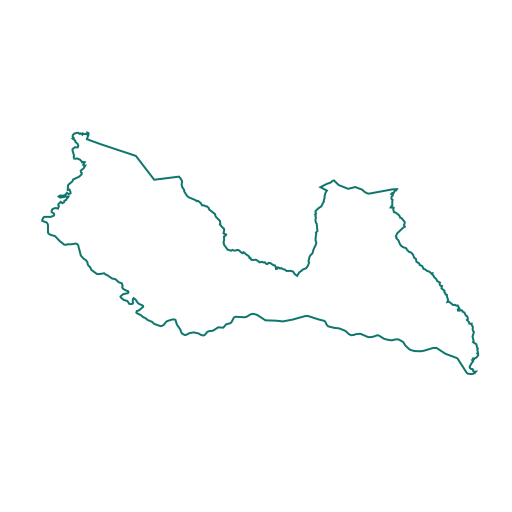 outline of Nova Nazaré, Mato Grosso, Brazil, rotated 82°
{"feature_id": "56859067B23326141665054", "entity_name": "Nova Nazaré", "entity_type": "district", "adm_level": 2, "iso_a3": "BRA", "parent_name": "Brazil", "parent_adm1": "Mato Grosso", "projection": "robinson", "projection_center": [-51.887, -14.146], "detail": "fine", "context": "isolated", "style": "outline", "palette": "teal", "viewbox_px": 512, "rotation_deg": 82, "n_neighbors": 0, "source": "geoboundaries", "source_scale": "gbopen_adm2", "svg_char_len": 6072}
<svg xmlns="http://www.w3.org/2000/svg" viewBox="0 0 512 512"><g transform="rotate(82 256 256)"><path d="M112.1,404.8L110.8,404.9L110.3,405.9L112.2,406.3L111.4,407.4L111.3,409.2L110.5,410.5L111.7,411.1L110.2,412.5L110.6,413.5L109.3,414.8L109.1,416.3L109.6,419.1L110.9,420.6L112.2,421.0L113.7,420.1L114.2,421.3L116.6,418.9L117.8,419.0L120.2,417.0L122.0,416.6L123.6,417.4L123.2,420.3L124.6,422.8L126.3,423.0L131.1,422.2L132.6,422.8L134.2,422.5L134.6,421.1L134.4,419.8L136.0,417.0L137.4,415.9L139.1,415.2L138.7,414.1L139.3,412.5L141.7,414.5L142.6,413.8L142.7,412.5L145.2,414.5L147.1,417.7L148.8,417.7L149.6,417.0L150.9,417.3L152.9,420.2L154.8,426.5L156.5,427.4L159.3,431.9L160.4,432.5L164.4,433.2L164.2,431.5L167.0,430.8L168.2,431.0L168.6,432.9L167.2,434.4L169.0,436.6L169.4,438.1L168.9,441.8L169.6,443.2L170.7,442.1L171.0,440.7L170.6,435.4L171.0,433.4L172.1,434.3L172.6,435.3L174.0,436.1L174.6,438.0L175.9,438.4L176.8,440.4L175.2,441.8L177.1,444.4L178.2,444.7L179.3,444.3L181.5,445.5L180.8,447.2L180.6,448.7L181.4,451.2L182.5,452.0L184.0,452.3L185.9,450.2L187.2,450.1L188.0,450.8L188.7,454.0L187.8,459.8L188.1,460.9L190.1,462.5L191.5,462.8L193.6,458.8L194.8,458.0L196.6,457.7L203.6,458.7L204.9,458.4L206.5,456.4L208.3,452.3L213.9,448.3L218.0,444.4L218.4,443.0L218.2,440.3L218.7,437.6L218.6,432.7L219.5,431.2L220.7,430.6L231.2,429.4L234.8,427.0L236.2,425.2L238.5,423.9L241.4,423.7L244.3,421.7L246.8,421.0L251.8,415.9L252.1,413.7L252.0,408.7L253.4,407.6L254.3,405.9L258.2,401.7L259.5,398.3L262.8,395.7L264.4,392.7L266.9,392.2L268.4,392.9L269.9,392.3L272.3,389.2L272.9,387.7L274.1,387.3L275.0,388.1L275.2,392.2L275.6,393.4L277.2,395.8L278.2,395.7L281.1,393.1L282.7,389.6L285.8,388.1L286.2,386.7L286.1,384.9L285.2,384.2L283.6,384.4L281.4,383.8L280.7,383.0L282.6,381.2L286.0,379.6L287.3,378.3L288.9,375.6L289.7,374.8L290.6,374.8L293.6,379.5L293.9,381.7L295.4,382.4L296.6,381.3L298.4,378.4L301.0,376.1L302.0,374.3L304.3,372.2L306.8,368.0L309.0,366.4L312.1,360.5L312.1,358.9L311.4,356.9L308.8,354.3L308.1,352.9L307.2,347.7L307.5,345.6L308.2,344.6L312.8,343.9L318.3,341.2L321.0,340.7L322.5,339.9L324.3,337.7L324.4,336.2L323.1,332.6L323.0,328.2L324.6,323.9L326.4,321.6L327.4,319.2L327.1,317.8L324.3,314.7L323.8,312.3L324.1,310.3L323.6,308.1L321.4,303.4L322.4,298.4L319.4,294.9L319.1,291.4L318.4,289.7L313.9,286.5L313.3,284.9L315.1,275.7L314.9,273.8L313.2,269.9L312.8,267.6L313.1,266.2L314.4,263.2L321.0,255.6L322.9,244.9L324.5,238.6L324.1,229.1L322.4,216.1L322.5,213.2L327.6,202.7L329.7,197.4L330.6,196.6L333.8,195.6L335.7,194.3L338.1,188.4L339.2,183.8L340.9,180.8L342.6,177.9L346.4,174.8L347.7,172.7L347.8,170.2L347.3,167.8L347.5,164.1L347.8,163.0L351.9,156.3L352.3,153.9L352.2,150.6L351.4,147.3L351.7,145.6L355.8,140.7L357.4,136.9L358.4,133.4L358.0,128.7L358.6,126.2L361.6,122.3L365.5,120.5L369.3,117.5L370.4,116.2L372.2,112.3L373.3,105.8L373.1,102.2L371.7,93.5L372.2,90.0L379.2,82.0L384.9,71.5L385.9,70.5L400.8,63.7L402.0,62.6L402.9,59.3L402.9,57.8L402.5,55.9L401.1,54.3L401.0,55.8L400.3,56.9L399.0,56.8L398.1,57.4L397.9,58.5L396.9,59.6L395.4,59.9L392.6,57.8L390.4,55.6L389.2,56.4L388.7,54.8L387.7,55.2L387.8,53.4L387.0,51.6L385.2,49.8L384.0,49.6L383.3,50.5L382.4,49.6L379.5,49.9L378.5,49.2L377.5,49.8L374.0,50.1L371.5,53.1L370.5,52.3L365.9,52.8L361.7,50.8L360.3,51.5L358.9,51.7L356.4,51.1L354.2,52.1L353.1,51.8L352.7,54.2L351.4,54.1L348.7,56.0L347.9,54.9L345.8,55.1L344.8,55.5L344.2,56.5L341.0,57.5L339.9,59.1L338.6,59.5L338.1,60.8L338.5,61.8L338.1,63.6L336.8,63.5L336.2,61.9L333.0,63.2L333.1,64.5L332.0,65.9L332.0,67.6L328.1,71.2L328.2,72.9L326.2,71.9L323.0,72.5L321.1,72.4L320.4,73.7L319.3,73.6L317.9,74.6L316.6,74.2L313.9,76.8L311.6,76.0L311.1,77.4L310.2,78.0L309.1,78.1L308.0,77.5L305.9,80.2L304.3,80.5L301.3,82.8L300.0,83.0L298.8,84.1L297.6,83.6L297.5,85.0L295.8,86.3L294.4,88.9L292.6,90.6L292.1,91.9L289.1,92.8L287.6,95.2L286.1,95.4L284.1,97.9L281.0,98.1L280.0,99.5L276.3,100.4L273.9,102.2L273.3,103.8L270.7,105.7L269.3,106.1L267.5,109.4L266.3,110.7L264.3,111.8L260.3,112.8L257.8,114.6L256.9,114.2L255.9,114.8L253.1,112.9L248.5,106.4L247.7,104.5L246.1,105.2L244.5,104.3L243.1,104.0L241.1,105.1L238.7,106.7L238.1,107.9L236.0,108.4L234.5,109.6L232.5,111.6L231.8,113.3L229.1,113.6L227.4,113.0L226.7,115.9L225.8,115.3L225.3,114.1L220.5,113.4L219.5,112.9L218.4,113.9L216.0,113.5L215.1,112.1L213.9,111.9L213.4,113.3L212.6,112.4L212.7,110.8L210.4,109.4L210.6,108.2L209.4,107.2L209.0,111.9L210.0,135.6L209.2,137.5L207.4,139.8L205.1,141.6L201.5,148.2L202.3,154.9L201.8,156.3L197.2,164.3L192.0,168.3L192.3,169.8L193.7,171.9L194.4,175.7L196.8,182.6L201.1,176.7L202.9,178.3L206.7,179.9L208.0,179.9L210.6,181.3L211.7,181.2L212.7,182.3L215.0,183.7L216.1,184.7L217.4,187.6L219.8,190.8L221.1,191.0L222.2,190.6L223.2,191.7L224.1,191.2L225.2,191.6L226.2,191.3L228.8,192.2L231.3,192.0L232.6,191.4L239.8,191.7L241.3,193.5L243.1,193.3L244.1,193.9L248.6,194.9L251.1,194.4L252.8,195.0L257.7,198.2L261.2,199.7L262.8,201.9L264.1,203.0L268.3,204.7L270.1,204.4L272.9,206.0L275.1,208.1L276.1,212.1L276.9,212.8L278.1,215.3L281.4,218.0L279.4,220.1L276.5,221.5L275.6,223.6L275.0,227.9L273.5,229.3L272.7,231.2L271.5,232.6L271.8,233.9L270.8,234.8L270.3,236.2L271.5,236.6L271.6,238.0L270.3,237.9L268.0,238.5L267.5,240.1L265.0,242.8L264.5,244.5L265.6,245.9L265.0,247.2L263.5,248.0L263.5,249.5L262.7,250.6L262.7,253.6L261.4,254.4L259.7,256.7L259.4,260.6L258.6,261.6L257.4,261.6L257.0,262.8L255.9,262.7L254.9,263.5L252.5,266.1L251.6,266.7L250.5,268.0L251.4,268.8L250.5,270.1L247.8,272.3L247.4,273.7L247.8,275.3L247.5,277.2L246.7,278.6L247.3,279.9L245.7,283.3L240.1,286.2L239.1,286.0L238.2,286.3L235.6,285.3L232.3,285.0L231.4,283.2L230.6,282.6L229.1,285.0L225.7,283.8L224.3,284.0L223.4,285.0L219.7,287.4L218.8,286.8L216.1,286.9L211.9,290.1L210.2,290.7L208.8,290.7L203.5,295.9L202.3,295.9L200.1,297.6L199.8,298.8L198.6,300.6L198.4,302.3L195.7,303.5L193.3,305.8L193.5,307.0L192.3,308.1L188.5,314.4L186.9,315.9L182.1,318.1L180.6,318.0L177.3,319.5L174.7,319.7L171.7,318.7L168.3,320.1L166.7,321.2L166.3,346.2L140.2,361.0L124.0,393.6L116.8,407.2L112.1,404.8Z" fill="none" stroke="#0f766e" stroke-width="2"/></g></svg>